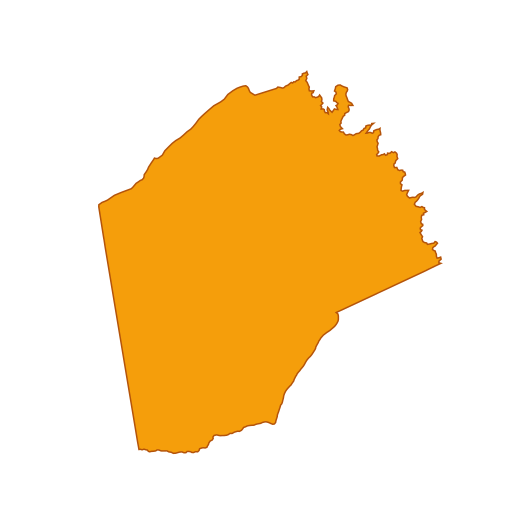 Luís Eduardo Magalhães, Bahia, Brazil (Albers equal-area conic projection), rotated 159°
{"feature_id": "56859067B80722102150800", "entity_name": "Luís Eduardo Magalhães", "entity_type": "district", "adm_level": 2, "iso_a3": "BRA", "parent_name": "Brazil", "parent_adm1": "Bahia", "projection": "albers", "projection_center": [-46.156, -12.199], "detail": "fine", "context": "isolated", "style": "filled", "palette": "amber", "viewbox_px": 512, "rotation_deg": 159, "n_neighbors": 0, "source": "geoboundaries", "source_scale": "gbopen_adm2", "svg_char_len": 5994}
<svg xmlns="http://www.w3.org/2000/svg" viewBox="0 0 512 512"><g transform="rotate(159 256 256)"><path d="M93.9,208.2L95.0,209.7L95.0,211.2L94.9,213.1L93.6,214.3L94.2,217.1L94.5,219.2L92.9,219.6L91.8,220.6L93.0,221.7L92.7,223.2L91.3,224.0L89.4,224.6L89.0,225.9L90.1,226.8L90.0,229.1L88.3,230.8L87.9,232.8L86.7,234.6L84.6,234.4L84.4,235.9L82.9,236.0L80.6,236.4L81.4,237.8L82.0,239.1L81.4,240.7L82.6,241.5L83.4,242.7L85.4,242.5L87.0,243.9L88.8,245.0L89.6,247.6L88.0,249.2L86.6,249.6L84.8,250.6L83.2,251.7L81.8,253.0L80.3,253.5L78.4,253.9L77.4,255.5L79.1,255.2L81.0,255.4L82.7,255.1L84.1,254.5L85.4,253.8L86.9,253.8L88.7,254.7L90.4,255.0L91.8,255.1L92.6,256.3L93.3,257.9L93.3,259.4L91.9,260.9L90.0,262.6L93.6,263.9L96.0,264.0L97.1,265.3L96.0,267.5L95.0,269.1L94.2,270.1L95.2,271.7L94.7,273.3L92.3,274.4L91.1,276.8L89.0,277.6L87.4,278.0L87.1,279.6L87.1,281.1L88.4,281.9L88.3,283.5L89.8,284.2L91.3,284.3L92.7,285.7L92.8,288.2L95.0,288.9L95.0,291.0L94.2,292.5L92.8,292.9L91.4,294.9L88.8,296.1L88.7,298.6L87.9,300.0L87.9,301.5L89.0,303.4L90.6,303.2L92.1,304.8L93.6,304.0L95.1,304.2L96.3,304.9L97.0,303.6L99.0,303.6L99.5,305.4L101.0,305.1L102.3,305.5L105.3,305.2L107.2,306.1L107.0,307.5L105.6,308.1L104.1,309.2L104.6,311.1L104.1,312.7L103.9,314.6L102.9,315.8L101.6,317.5L101.9,319.2L101.5,321.1L100.1,321.9L99.2,323.7L97.7,324.6L96.1,324.5L95.6,326.1L95.4,327.5L95.2,329.2L94.5,330.7L96.1,330.4L97.7,330.8L99.3,330.8L101.1,330.7L102.1,329.1L103.5,328.9L104.7,330.2L106.2,330.9L107.7,330.8L109.2,331.2L106.3,333.2L104.6,334.0L102.8,335.7L101.3,336.8L103.6,337.7L105.2,338.0L106.8,338.0L107.7,336.3L109.4,336.4L111.0,335.1L112.5,335.1L114.3,334.2L116.1,333.7L118.6,334.3L120.6,333.9L122.3,333.7L123.4,335.1L125.1,336.2L127.0,336.3L128.6,336.7L129.7,338.4L130.0,340.4L131.3,340.9L132.7,341.8L133.3,343.4L131.7,344.1L129.7,343.9L130.8,346.5L130.7,348.7L128.9,349.6L128.6,351.1L127.5,352.4L124.5,355.2L122.8,355.6L122.1,357.2L119.9,357.5L117.9,357.7L116.7,359.0L116.4,360.4L116.5,362.2L115.6,363.5L113.6,362.6L111.6,361.9L112.0,364.3L113.2,365.8L114.4,367.1L114.5,368.5L114.4,371.1L114.5,373.1L114.1,375.0L112.8,376.6L111.7,377.3L110.8,378.5L110.7,380.3L113.5,382.6L115.0,384.1L116.1,385.5L118.3,386.1L120.9,385.5L122.2,383.5L123.6,381.9L122.6,380.4L122.9,378.6L125.1,377.6L125.9,376.3L127.1,374.9L127.9,373.0L126.1,371.8L125.7,370.4L124.7,369.1L125.8,368.0L127.4,367.8L127.0,365.9L127.1,363.4L128.6,364.1L130.1,365.2L131.7,364.1L133.5,362.9L134.9,365.8L135.1,367.3L135.8,369.1L137.2,366.9L137.1,364.4L137.5,362.8L138.5,364.5L139.9,364.9L140.2,366.6L139.8,368.2L140.7,369.3L142.5,369.8L141.2,371.7L141.8,373.3L140.2,374.0L138.7,374.8L139.6,376.8L138.5,378.2L138.0,380.1L138.5,381.9L138.9,383.5L140.4,382.4L142.0,382.3L143.7,382.5L144.5,383.6L146.1,384.3L146.4,386.3L145.7,388.0L144.2,388.0L142.8,389.5L144.7,390.0L147.0,391.1L146.7,393.0L145.7,394.6L145.9,396.1L146.0,399.8L146.7,401.9L144.9,403.6L144.7,405.9L142.5,406.8L142.6,408.3L142.5,410.0L144.2,409.2L145.9,409.5L147.5,409.4L148.0,408.0L149.5,407.3L151.5,407.6L152.4,405.4L153.8,405.1L155.3,405.2L157.0,404.5L158.4,405.1L159.8,404.4L160.9,405.4L162.5,404.9L164.8,404.1L167.5,404.0L169.7,403.1L171.2,403.3L172.7,404.5L175.1,405.9L176.8,405.1L199.4,406.5L202.7,410.8L203.0,412.5L203.0,415.3L203.4,416.9L204.5,418.6L207.1,419.2L210.1,419.4L213.6,419.4L218.3,418.6L224.4,416.9L228.1,414.6L229.3,413.8L231.7,413.1L233.9,412.5L241.5,411.4L247.5,409.3L252.9,407.3L256.7,405.8L260.3,404.2L264.8,401.3L268.5,399.2L271.5,397.8L275.8,396.7L280.5,394.8L284.5,393.4L289.6,392.5L293.8,391.2L298.6,389.1L303.4,386.9L307.3,383.7L312.4,382.3L314.4,382.8L315.7,383.8L317.2,382.6L320.3,380.5L324.4,377.5L326.2,375.6L328.4,373.9L331.2,372.0L332.0,370.3L333.0,369.0L335.0,368.0L336.9,368.0L339.1,367.4L341.9,366.8L346.4,364.3L348.4,363.5L356.8,363.6L359.4,363.6L366.4,363.4L374.6,361.4L377.4,361.2L380.5,361.2L384.3,360.2L385.1,358.4L385.5,356.7L391.5,328.4L392.1,325.3L393.7,318.0L418.4,197.2L429.4,143.2L433.0,125.7L434.6,117.3L433.2,117.0L431.8,115.9L429.8,115.8L428.2,114.5L426.9,113.7L426.5,112.2L425.4,111.3L423.7,111.1L421.8,110.5L419.5,110.0L417.8,110.4L416.2,109.7L414.5,108.1L412.6,107.3L409.0,106.0L407.6,104.4L405.4,103.1L403.9,101.4L401.7,100.7L399.4,100.5L397.6,100.3L395.4,99.7L393.7,98.1L391.9,97.5L390.5,98.2L388.9,97.7L387.2,96.7L386.3,95.6L384.8,94.9L382.6,95.0L380.6,94.1L378.9,94.8L377.7,96.3L375.4,96.2L374.0,95.9L372.2,95.0L370.4,95.0L369.2,96.2L368.0,97.0L366.9,98.5L365.0,99.7L362.8,99.9L361.4,101.0L361.1,102.4L359.5,103.5L356.8,103.1L355.3,102.0L353.8,101.1L351.9,100.5L350.0,99.8L347.6,99.2L345.7,99.2L344.0,99.7L341.8,98.9L339.4,99.3L335.9,99.0L334.3,98.2L332.0,98.5L330.4,99.4L329.0,100.4L327.0,100.3L325.2,100.5L323.8,100.3L321.3,99.7L318.6,98.8L316.3,98.9L314.8,98.7L311.6,98.1L309.6,98.3L308.0,98.1L306.2,97.7L304.4,96.5L303.2,95.4L302.0,94.1L300.6,92.9L299.0,92.6L297.3,93.6L296.5,95.0L293.7,98.5L293.1,99.8L292.2,100.9L290.6,102.7L289.1,104.6L288.0,105.9L286.4,108.0L284.9,108.8L283.7,110.2L282.5,112.0L281.4,113.5L280.2,115.6L278.9,117.2L276.9,119.1L275.3,120.2L273.7,121.1L270.7,122.6L269.4,123.1L268.3,124.0L266.8,125.0L265.6,125.8L264.7,127.0L263.3,128.3L262.1,129.4L260.9,130.2L259.8,131.3L258.0,132.4L256.2,133.3L254.9,134.2L253.4,135.0L251.3,136.2L249.8,137.3L248.1,138.8L246.6,140.0L245.3,140.9L243.3,142.0L241.3,142.8L239.2,144.0L237.4,145.3L234.7,147.3L233.5,148.4L232.8,149.6L230.5,151.6L229.0,152.8L227.8,154.1L226.4,155.0L224.9,156.2L221.5,158.0L217.1,159.3L215.5,159.6L213.4,160.1L211.8,160.7L208.9,161.7L207.5,162.3L205.8,163.3L204.2,164.5L202.7,165.9L201.8,167.3L200.6,170.5L200.3,172.5L201.4,174.5L102.6,181.5L99.8,181.8L92.9,182.4L86.1,182.9L87.7,184.1L87.1,185.6L84.3,186.7L84.0,188.8L86.2,188.8L87.7,189.1L87.7,191.0L87.0,193.0L87.1,194.9L86.9,196.4L87.9,197.3L88.9,198.8L88.0,200.4L86.6,200.9L85.2,201.1L82.0,202.9L82.5,204.3L83.6,205.3L85.5,204.2L87.2,204.7L89.2,204.9L91.8,205.4L92.0,207.0L93.9,208.2ZM101.3,336.8L98.7,337.7L100.5,338.2L101.3,336.8Z" fill="#f59e0b" stroke="#b45309" stroke-width="1.5"/></g></svg>